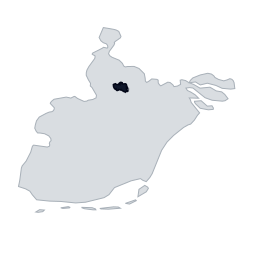 Meierijstad, Noord-Brabant, Netherlands (highlighted), rotated 188°
{"feature_id": "6326949B86116845039505", "entity_name": "Meierijstad", "entity_type": "district", "adm_level": 2, "iso_a3": "NLD", "parent_name": "Netherlands", "parent_adm1": "Noord-Brabant", "projection": "natural_earth1", "projection_center": [5.498, 51.588], "detail": "fine", "context": "in_parent", "style": "filled", "palette": "ink", "viewbox_px": 256, "rotation_deg": 188, "n_neighbors": 0, "source": "geoboundaries", "source_scale": "gbopen_adm2", "svg_char_len": 5162}
<svg xmlns="http://www.w3.org/2000/svg" viewBox="0 0 256 256"><g transform="rotate(188 128 128)"><path d="M166.4,224.0L161.0,223.9L156.0,223.7L153.4,223.4L150.6,222.4L149.3,220.3L147.7,217.7L148.1,216.2L152.8,211.8L153.5,210.6L153.0,209.9L153.5,208.0L157.1,201.4L157.6,198.8L155.9,196.9L153.6,195.8L146.1,193.9L142.5,191.2L140.9,188.8L139.2,188.1L136.7,188.9L130.5,189.8L125.4,188.5L119.4,184.0L118.0,179.9L117.3,176.8L115.8,175.7L113.8,177.3L111.3,179.9L106.2,180.2L104.8,179.6L104.6,178.2L104.3,176.8L102.9,175.2L101.4,174.3L95.0,178.9L92.7,178.9L89.7,177.1L88.2,175.4L84.9,176.4L82.0,178.5L83.0,182.6L81.4,183.3L77.7,183.0L73.7,181.3L69.1,180.3L62.2,177.5L52.5,179.8L45.8,177.0L40.2,176.8L36.7,174.6L33.0,170.9L35.7,168.5L38.3,167.7L48.5,167.2L55.9,168.7L69.2,176.6L72.6,176.6L76.2,175.6L74.4,173.4L71.1,172.4L66.1,170.2L62.2,167.3L71.5,166.3L70.2,164.7L69.0,162.1L59.2,152.9L60.9,150.4L63.4,145.0L66.5,140.6L69.0,139.4L73.0,136.3L81.8,127.0L87.4,119.5L91.6,110.6L97.7,86.2L99.5,82.0L102.5,77.4L106.1,78.3L108.6,79.6L117.6,76.1L133.1,67.1L137.6,59.3L142.0,55.7L159.7,48.6L169.5,46.5L184.5,45.9L195.4,44.7L208.5,44.2L213.5,48.6L216.4,51.8L221.0,53.5L228.3,54.8L227.9,61.1L228.0,73.5L227.5,75.8L224.3,81.0L221.0,90.5L220.1,96.7L219.1,97.9L205.3,97.9L203.3,99.0L203.1,100.3L203.8,101.9L203.4,103.5L202.4,104.8L203.0,106.9L205.4,109.2L209.7,110.7L214.4,110.8L216.8,110.5L218.6,112.2L220.3,114.8L220.2,118.1L219.6,122.4L217.4,126.5L211.1,131.1L208.2,132.8L205.5,133.6L204.3,134.8L203.7,136.4L203.8,137.8L208.4,141.5L208.3,142.4L207.0,144.3L205.2,146.2L193.5,150.0L188.7,149.7L186.0,151.6L185.1,151.9L182.0,150.2L175.2,148.2L172.6,148.9L171.2,150.0L166.9,151.3L163.8,153.4L163.8,156.1L169.3,163.1L171.2,164.4L171.3,167.0L174.0,170.3L176.7,174.4L177.0,177.0L176.7,179.7L175.3,183.4L170.6,192.2L170.5,193.9L170.9,195.1L172.6,195.5L173.8,196.2L173.4,197.3L164.6,203.4L163.5,204.5L159.7,204.2L159.2,205.2L159.7,206.9L161.1,208.3L164.3,209.0L167.0,210.6L169.2,213.6L166.4,224.0ZM73.7,181.3L72.9,183.8L70.8,186.6L63.8,190.6L56.6,193.3L52.8,193.0L50.3,191.6L48.9,190.1L45.1,188.7L39.7,188.0L36.4,189.5L34.0,191.0L32.0,190.7L30.4,189.5L29.3,187.7L27.7,181.9L31.7,180.8L40.3,180.4L46.9,182.4L55.7,183.4L62.4,180.7L67.6,183.0L73.7,181.3ZM59.3,157.6L64.4,161.3L65.5,162.5L65.9,163.7L59.4,165.2L52.5,160.7L47.9,161.7L46.2,159.6L46.2,158.3L51.0,157.2L59.3,157.6ZM108.6,68.8L103.4,73.5L100.3,72.2L99.4,71.1L101.0,67.4L108.6,61.3L108.6,68.8ZM131.4,47.9L126.6,48.4L124.4,47.5L136.0,44.9L143.4,44.1L144.7,44.4L131.4,47.9ZM162.6,43.0L152.4,44.1L148.9,43.3L148.4,42.5L151.1,42.1L159.8,42.0L162.5,42.6L162.6,43.0ZM120.1,53.0L110.5,57.9L109.7,57.2L115.9,52.9L120.1,53.0ZM204.2,34.8L199.4,35.1L200.8,33.3L205.2,32.0L207.6,32.0L204.2,34.8ZM183.5,39.6L176.2,41.8L174.5,41.4L174.9,40.7L181.3,39.3L183.5,39.6Z" fill="#d9dde1" stroke="#a8b0b8" stroke-width="1"/><path d="M136.4,171.4L136.5,171.4L136.8,171.4L137.0,171.4L138.6,171.0L139.0,170.9L139.5,170.9L139.8,170.9L139.8,171.0L139.8,171.3L139.9,171.6L140.0,171.9L140.3,171.8L140.5,171.8L140.6,172.0L140.4,172.0L140.6,172.2L140.8,172.1L141.0,172.1L141.4,172.2L141.5,172.1L141.8,172.1L142.0,172.0L142.4,171.6L142.9,171.1L142.6,171.0L142.8,170.9L142.1,169.8L143.2,169.8L143.4,169.7L144.8,169.5L146.1,169.7L146.2,169.8L146.3,169.9L146.4,170.0L146.6,169.9L146.6,170.0L146.8,170.1L147.0,170.0L147.1,169.9L147.2,169.7L147.3,169.7L147.5,169.6L147.7,169.4L147.8,169.3L148.0,169.3L148.0,169.2L148.3,169.0L148.4,168.9L148.5,168.9L148.6,168.7L148.4,168.4L148.3,168.2L148.3,167.8L148.2,167.7L148.2,167.4L147.9,166.6L147.4,165.9L147.2,165.7L146.9,165.3L146.9,165.2L146.6,165.1L146.5,164.9L146.3,164.9L146.2,164.8L146.0,164.7L145.9,164.8L145.7,165.0L145.6,164.8L145.4,164.7L145.3,164.8L145.3,164.7L145.1,164.6L144.9,164.4L145.0,164.4L144.9,164.3L145.0,164.2L144.8,164.0L144.7,164.0L144.6,163.9L144.4,163.7L144.2,163.6L143.9,163.6L142.7,164.2L142.6,164.3L142.6,164.7L142.3,164.6L142.2,164.6L142.0,164.8L141.8,164.8L141.7,164.8L141.4,164.9L141.2,164.8L141.0,164.7L140.8,164.6L140.6,164.6L140.6,164.8L140.4,165.0L140.2,165.2L139.9,164.9L139.7,164.8L139.6,164.7L139.3,164.5L139.2,164.5L139.0,164.4L138.9,164.3L138.8,164.2L138.7,164.1L136.3,163.4L135.9,163.2L135.9,163.3L135.7,163.4L135.9,163.4L135.7,163.4L135.7,163.5L135.8,163.5L135.7,163.6L135.3,163.8L135.2,163.8L134.9,163.9L134.7,163.9L134.4,163.9L134.2,163.9L134.1,164.0L133.9,164.0L133.7,164.2L133.8,164.2L133.8,164.3L134.0,164.3L134.3,164.4L134.2,164.4L133.9,164.4L133.8,164.5L133.7,164.5L133.6,164.8L133.8,164.7L134.1,164.8L134.3,164.9L134.3,165.1L134.5,165.2L134.5,165.3L134.3,165.3L134.4,165.6L134.5,165.6L134.6,165.8L134.7,166.0L134.8,166.1L134.7,166.2L134.9,166.6L134.7,166.6L134.4,166.7L134.1,166.8L134.4,166.9L134.4,167.0L134.2,167.2L134.3,167.4L134.4,167.6L134.5,167.6L134.4,167.7L134.2,167.8L134.3,167.8L134.5,168.0L134.6,168.3L134.6,168.2L134.8,168.3L134.8,168.5L134.7,168.5L134.8,168.6L135.0,168.5L135.3,168.6L135.3,168.9L135.2,168.9L135.1,169.0L135.1,169.3L135.1,169.2L135.0,169.3L135.2,169.5L135.4,169.5L135.3,169.8L135.4,170.0L135.4,170.3L135.7,170.8L135.8,170.8L135.9,171.0L136.0,171.0L136.3,171.1L136.3,171.3L136.4,171.4Z" fill="#0f172a" stroke="#020617" stroke-width="1.5"/></g></svg>